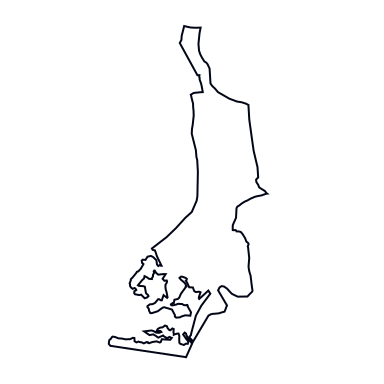 outline of MIt Salsil, Ad Daqahliyah, Egypt, rotated 183°
{"feature_id": "37247803B51096510617520", "entity_name": "MIt Salsil", "entity_type": "district", "adm_level": 2, "iso_a3": "EGY", "parent_name": "Egypt", "parent_adm1": "Ad Daqahliyah", "projection": "robinson", "projection_center": [31.823, 31.238], "detail": "fine", "context": "isolated", "style": "outline", "palette": "ink", "viewbox_px": 384, "rotation_deg": 183, "n_neighbors": 0, "source": "geoboundaries", "source_scale": "gbopen_adm2", "svg_char_len": 5111}
<svg xmlns="http://www.w3.org/2000/svg" viewBox="0 0 384 384"><g transform="rotate(183 192 192)"><path d="M116.9,194.3L117.8,194.9L119.1,196.7L124.0,199.4L125.1,200.1L126.4,202.8L128.2,205.2L128.6,207.2L128.6,207.8L126.7,210.0L126.8,211.1L127.9,220.3L132.6,236.4L134.8,247.6L137.9,263.7L138.6,267.4L140.2,281.9L142.9,283.1L147.1,284.2L151.8,284.7L159.7,287.2L164.6,289.7L171.3,293.1L174.5,296.5L177.3,298.9L179.2,301.3L180.9,316.2L183.2,320.5L184.6,322.0L185.7,322.6L186.5,323.0L189.2,326.9L191.1,330.2L192.4,333.6L193.3,340.3L192.8,350.9L192.0,356.6L197.3,356.2L202.1,356.2L205.6,356.8L208.5,357.3L210.5,347.2L210.5,343.4L212.0,340.1L203.4,326.2L192.7,308.9L190.7,309.1L190.7,308.2L190.8,307.2L190.3,306.2L190.3,304.8L188.5,300.5L187.6,297.1L186.7,293.3L186.5,292.3L187.1,292.3L189.9,291.9L195.5,291.0L198.3,289.1L197.9,288.1L197.0,284.8L195.6,280.4L195.2,276.1L194.7,273.2L194.3,268.4L194.8,259.3L195.3,255.0L195.3,250.2L190.3,233.9L189.4,227.1L188.5,224.3L187.2,212.7L186.4,188.3L186.9,183.5L191.2,172.0L197.3,165.9L206.2,155.0L215.1,145.5L229.1,133.5L228.3,132.2L225.9,131.7L223.6,125.9L222.3,123.5L218.6,116.8L219.5,116.8L220.4,117.3L221.8,116.3L223.2,117.8L223.7,120.7L224.1,122.1L227.4,125.0L229.7,126.0L233.0,125.1L234.9,121.8L237.7,121.8L238.6,120.9L238.1,118.5L237.2,118.0L236.7,117.5L239.1,112.7L241.5,109.9L242.9,109.4L243.3,108.4L247.1,103.2L248.5,101.8L248.5,100.4L249.5,97.5L249.0,96.5L249.0,95.1L248.1,93.6L246.2,92.2L244.4,93.1L243.4,92.6L242.5,91.2L244.4,89.8L244.4,87.9L243.5,86.9L239.3,86.3L237.4,86.8L233.7,83.4L231.4,84.3L230.0,85.7L230.4,86.7L232.3,88.2L232.7,88.7L233.7,93.0L234.1,94.9L235.5,95.4L240.2,95.5L241.1,96.0L236.9,101.7L235.4,103.1L235.0,105.5L232.6,104.5L230.3,103.0L227.5,103.0L227.5,103.9L226.6,105.4L226.6,107.3L226.1,108.2L225.6,109.2L226.1,110.6L225.6,111.6L225.1,111.6L223.8,109.6L222.8,108.7L221.4,107.7L215.8,108.6L214.0,108.6L216.8,103.8L214.9,101.9L212.6,102.3L212.2,101.3L212.6,99.9L213.6,98.0L213.6,96.1L213.1,93.2L212.2,90.8L210.9,85.5L211.3,85.0L215.0,87.5L216.0,84.1L216.5,82.2L217.4,82.2L219.3,83.2L220.2,83.2L223.0,79.4L225.4,78.0L228.2,77.6L230.5,75.7L230.5,74.7L229.1,73.3L228.7,71.3L227.3,68.9L225.9,68.9L224.5,69.4L219.8,71.2L217.0,73.6L215.1,75.0L213.7,75.5L211.9,75.0L209.5,74.5L205.8,73.5L202.6,68.1L202.6,66.7L201.2,65.7L197.5,66.2L196.1,67.1L192.3,68.5L187.2,68.4L186.7,71.8L190.4,77.6L190.4,78.5L190.9,79.0L192.3,78.6L194.1,78.6L196.0,79.6L197.8,79.6L200.2,79.6L202.0,78.7L205.3,77.8L206.7,77.8L207.2,78.7L205.3,80.2L204.4,80.1L203.9,83.5L200.6,84.4L200.1,84.9L199.2,85.8L197.8,89.7L193.5,96.3L193.5,96.8L192.6,97.3L194.0,100.2L194.9,101.1L196.8,102.6L198.2,103.6L200.0,105.5L198.6,106.9L197.2,106.9L193.9,105.9L192.6,104.9L193.0,103.5L193.5,103.0L193.0,102.5L192.1,101.1L189.8,96.7L188.9,96.7L186.1,96.7L184.7,93.3L183.3,92.4L182.8,92.3L179.6,92.8L178.2,92.3L179.6,87.5L179.6,86.1L179.2,85.6L170.5,94.4L168.4,91.4L176.6,79.2L181.6,68.8L183.5,59.8L185.5,50.2L185.5,49.2L186.9,47.3L186.4,45.9L184.6,44.4L183.2,42.5L169.0,69.6L168.2,69.9L166.8,70.9L164.4,71.5L164.0,71.5L161.8,71.8L159.6,72.1L158.3,72.4L157.1,72.9L155.2,73.6L153.6,74.1L153.2,74.3L153.0,75.1L152.8,75.5L152.3,76.9L151.9,78.4L151.1,80.5L160.8,95.2L160.3,96.3L159.5,98.1L158.7,98.8L157.3,99.6L156.9,99.5L155.3,99.3L154.9,99.2L152.7,97.8L152.0,97.4L149.1,94.5L147.0,92.5L144.6,91.4L140.9,89.9L140.5,89.9L137.7,90.1L135.9,90.2L134.8,90.3L132.0,90.5L131.2,90.5L130.0,91.9L128.3,93.9L126.7,95.6L126.5,96.3L126.4,96.7L127.1,99.8L127.4,101.9L127.6,102.5L127.7,103.1L128.2,106.2L129.1,111.4L130.6,115.6L131.4,119.1L131.6,120.4L131.6,122.1L131.4,128.9L131.5,129.7L133.0,139.0L133.1,139.7L133.5,140.7L132.8,142.5L133.0,143.7L135.2,145.5L136.6,148.8L137.8,150.5L139.5,152.9L141.0,154.4L141.3,154.7L143.5,155.1L145.5,155.0L145.8,155.5L146.1,156.0L147.0,156.3L148.4,156.0L149.3,156.1L149.5,158.6L149.5,161.2L147.8,165.6L146.7,168.5L146.7,169.3L146.7,172.6L146.7,178.1L146.0,179.7L145.5,180.1L144.0,181.1L141.8,183.1L138.6,185.3L136.3,186.4L136.0,186.6L133.2,188.4L130.2,189.9L129.2,190.4L127.1,191.1L122.2,192.3L118.0,194.1L116.9,194.3ZM190.8,26.9L189.3,26.7L184.0,40.5L187.8,45.4L188.7,46.4L190.1,48.8L190.6,50.3L192.0,51.2L193.4,49.3L190.1,45.0L188.3,43.0L187.8,42.1L188.3,40.2L190.2,40.2L192.1,38.8L195.8,39.8L196.7,40.7L197.1,44.6L197.1,47.5L198.0,49.9L199.0,49.9L201.8,49.0L202.7,48.5L202.7,49.4L203.2,50.9L203.1,54.2L204.5,54.7L206.4,52.8L207.3,52.9L208.3,53.8L209.2,54.8L210.1,56.7L212.0,57.2L214.3,55.3L216.7,54.9L219.0,53.5L219.9,51.6L216.2,51.5L215.3,50.6L217.6,49.6L220.4,49.7L223.2,51.1L225.1,51.6L232.5,50.3L227.0,46.9L223.2,47.8L220.4,46.3L218.1,44.8L215.3,46.2L213.4,47.2L213.0,46.7L209.3,44.7L206.9,46.1L204.6,45.2L206.0,43.3L207.9,43.3L211.1,43.3L214.4,43.4L215.4,40.5L216.3,40.0L219.5,41.0L223.8,40.1L227.0,38.7L228.4,39.2L228.4,39.7L229.8,39.7L231.2,38.8L232.2,38.3L234.5,39.3L235.9,39.3L237.7,39.8L239.6,38.9L241.5,39.9L241.9,43.2L243.3,43.3L245.2,42.3L246.1,41.8L250.8,41.4L254.5,42.0L257.8,42.0L260.6,43.0L263.4,43.5L264.3,43.0L265.7,40.7L266.6,40.2L267.1,38.3L267.1,35.9L265.4,34.1L235.5,31.2L191.7,27.0L190.8,26.9Z" fill="none" stroke="#020617" stroke-width="2"/></g></svg>